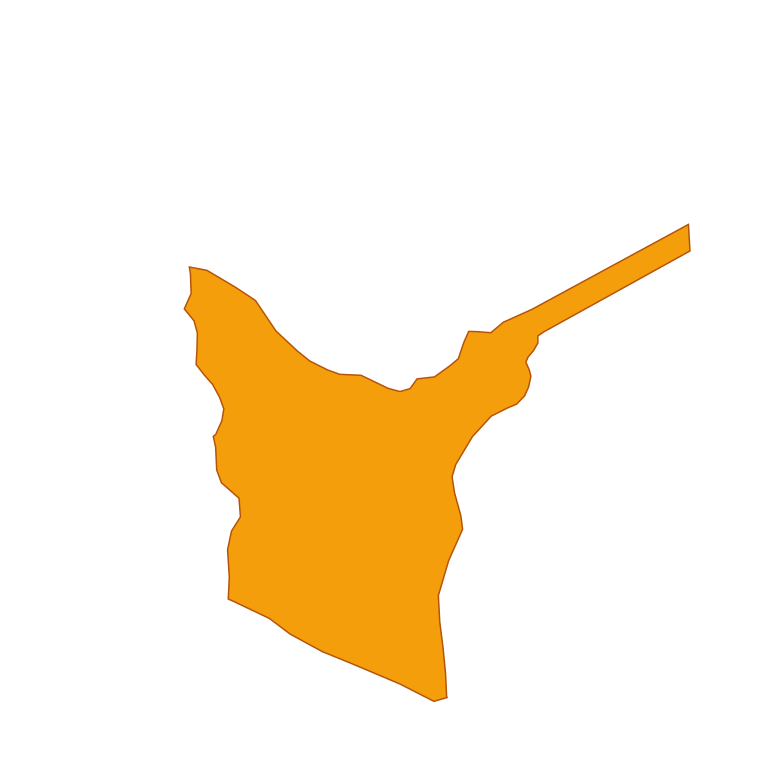 Debarca, Robinson projection, rotated 204°
{"feature_id": "MKD-2899", "entity_name": "Debarca", "entity_type": "Statistical Region", "adm_level": 1, "iso_a3": "MKD", "parent_name": "North Macedonia", "parent_adm1": "", "projection": "robinson", "projection_center": [20.833, 41.244], "detail": "fine", "context": "isolated", "style": "filled", "palette": "amber", "viewbox_px": 768, "rotation_deg": 204, "n_neighbors": 0, "source": "natural_earth", "source_scale": "10m", "svg_char_len": 1179}
<svg xmlns="http://www.w3.org/2000/svg" viewBox="0 0 768 768"><g transform="rotate(204 384 384)"><path d="M170.8,653.6L158.6,630.0L258.9,497.1L263.0,490.5L260.1,484.1L261.0,475.3L263.3,467.5L263.3,461.7L256.9,455.8L253.0,450.9L250.7,440.2L250.7,430.4L254.6,419.7L261.8,411.9L273.0,398.2L281.8,371.9L285.7,339.7L284.1,327.0L275.4,313.4L268.2,304.6L260.2,294.9L253.1,283.2L253.1,268.5L253.1,249.0L248.3,212.9L236.4,189.5L222.8,167.1L210.1,144.7L199.8,124.2L198.9,123.3L209.3,114.4L247.6,116.4L300.9,115.4L331.2,114.4L367.8,117.3L393.3,123.2L433.2,124.2L438.8,124.2L446.8,144.7L459.5,169.0L463.5,187.6L461.1,204.2L470.0,220.7L492.3,227.6L501.8,237.3L512.1,257.8L518.7,266.8L517.2,269.5L517.2,284.6L520.2,296.1L528.8,305.0L540.4,313.9L552.0,319.2L563.6,325.4L568.6,338.7L575.2,354.6L583.2,364.4L597.0,371.4L597.0,388.3L605.7,406.0L609.4,411.7L592.0,415.8L558.6,411.9L535.4,408.0L504.3,388.5L476.3,378.8L461.1,374.8L441.3,373.9L428.5,374.8L408.5,382.6L378.3,381.7L366.3,383.6L358.3,390.4L355.9,402.1L340.8,411.0L331.2,427.5L326.4,437.3L328.0,454.8L328.0,466.5L320.8,469.5L307.3,474.3L300.1,489.0L279.2,512.4L170.8,653.6Z" fill="#f59e0b" stroke="#b45309" stroke-width="1.5"/></g></svg>